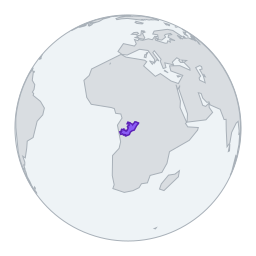 globe centered on Republic of the Congo, rotated 20°
{"feature_id": "COG", "entity_name": "Republic of the Congo", "entity_type": "country or territory", "adm_level": 0, "iso_a3": "COG", "parent_name": "Africa", "parent_adm1": "", "projection": "orthographic", "projection_center": [14.374, -0.658], "detail": "coarse", "context": "on_globe", "style": "filled", "palette": "violet", "viewbox_px": 256, "rotation_deg": 20, "n_neighbors": 0, "source": "natural_earth", "source_scale": "50m", "svg_char_len": 6626}
<svg xmlns="http://www.w3.org/2000/svg" viewBox="0 0 256 256"><g transform="rotate(20 128 128)"><circle cx="128" cy="128" r="113" fill="#eef3f6" stroke="#a8b0b8"/><path d="M75.9,28.1L73.8,29.4L70.3,31.4L69.2,32.2L73.3,30.0L67.4,34.1L64.6,37.5L63.0,38.8L58.6,41.2L56.9,41.3L51.2,45.8L55.7,42.5L51.6,46.5L51.2,47.1L52.0,46.9L53.8,45.4L52.6,46.8L47.7,50.2L48.7,49.0L50.3,47.8L49.4,48.0L46.1,51.0L44.2,53.1L41.3,56.1L47.3,49.4L53.8,43.3L60.7,37.6L68.1,32.6L75.9,28.1ZM39.9,57.9L39.7,58.0L39.9,57.9ZM17.2,107.8L17.5,106.3L18.3,103.7L17.0,110.2L18.4,104.1L18.2,107.2L20.5,106.8L20.0,108.2L21.7,115.9L25.6,119.2L26.5,124.0L25.9,127.0L27.6,127.9L27.7,129.8L36.6,132.9L42.6,137.9L43.4,144.8L40.3,152.7L42.1,169.4L37.8,174.8L39.7,181.5L41.7,191.2L38.7,190.5L42.7,195.3L43.7,198.2L42.6,198.4L45.2,201.7L44.5,201.8L46.9,204.0L50.0,208.3L53.9,211.7L57.2,215.1L59.8,217.1L59.5,217.0L60.3,217.8L61.7,218.9L59.1,217.1L53.6,212.6L51.1,210.3L50.7,209.9L44.9,203.9L45.9,205.1L38.3,196.0L33.2,188.3L22.5,166.0L20.8,161.5L19.1,156.7L17.3,148.7L16.1,140.6L15.4,132.4L15.4,124.1L16.0,115.9L17.2,107.8ZM22.7,87.9L22.4,88.9L22.3,89.2L22.7,87.9ZM64.9,220.9L60.0,217.7L62.1,219.1L60.2,217.4L64.0,219.8L64.9,220.9ZM60.6,216.4L60.4,215.4L61.3,216.0L61.7,216.8L60.6,216.4ZM238.8,107.5L237.3,101.8L238.7,109.8L240.1,117.1L240.6,125.5L240.4,122.5L239.6,115.2L239.0,112.6L237.9,105.5L234.9,95.0L234.5,96.7L233.4,92.6L229.2,84.1L228.0,86.4L226.9,96.6L228.8,107.2L227.5,111.8L221.0,96.3L217.2,86.3L215.4,87.2L208.2,78.9L197.2,78.2L195.2,75.8L193.3,76.9L188.1,74.4L184.9,70.5L182.0,70.8L190.5,81.2L193.6,81.1L195.5,77.1L197.3,80.9L202.2,84.4L198.4,93.7L181.5,102.3L179.1,94.4L162.4,73.9L162.5,71.7L162.4,71.5L162.2,71.0L161.4,74.7L158.3,70.9L168.0,84.7L169.9,90.9L181.2,102.7L180.4,104.0L183.8,106.5L193.9,103.5L194.1,106.2L189.8,118.6L175.1,136.0L176.7,147.9L175.0,158.1L165.0,165.0L165.0,172.9L159.7,175.8L158.8,180.3L154.1,185.2L146.5,189.8L134.5,190.1L134.4,186.0L129.5,178.1L122.9,159.1L126.6,150.2L125.8,143.5L117.1,128.9L119.0,120.7L116.5,117.3L111.4,118.4L108.5,114.4L105.3,114.5L85.3,118.3L78.8,113.4L70.3,98.3L73.6,91.9L73.6,85.0L96.3,61.2L101.8,62.1L120.4,58.6L122.9,59.3L121.4,64.3L136.0,70.1L139.8,65.8L152.3,69.1L160.1,69.0L161.5,59.8L148.7,59.7L145.8,55.4L155.4,51.7L166.5,52.5L165.7,50.8L158.1,47.2L160.0,44.5L155.4,45.8L157.7,47.4L154.9,48.4L152.6,47.0L153.3,46.0L149.8,45.3L147.1,50.9L149.2,53.1L140.3,54.2L143.0,58.2L140.8,60.1L135.5,54.2L135.6,52.1L126.3,46.4L125.5,48.7L134.2,54.4L131.7,54.0L130.7,57.7L129.6,54.5L120.3,48.3L111.9,50.1L102.3,59.7L97.2,60.9L92.4,59.5L94.8,50.3L106.0,48.8L107.0,46.1L103.8,42.6L107.5,42.6L107.6,41.2L111.7,40.7L116.6,37.2L120.7,36.7L121.8,32.7L124.0,32.1L122.7,34.5L124.0,36.1L134.0,35.6L135.7,34.8L135.6,32.4L138.4,32.8L137.0,30.6L142.3,29.8L134.7,29.1L134.3,26.9L137.1,25.3L135.6,24.6L131.1,27.3L130.6,28.5L132.3,29.7L129.7,33.8L126.4,34.6L124.0,30.3L119.1,31.2L119.4,28.0L131.3,21.8L136.7,21.0L147.4,23.5L146.6,24.6L142.4,24.1L147.1,26.4L146.3,25.3L148.6,25.8L148.9,24.3L150.6,24.6L148.0,22.7L150.0,23.0L151.6,24.1L153.8,22.6L157.8,23.0L157.5,22.6L156.0,22.0L162.1,23.2L161.6,22.8L159.4,22.3L157.0,21.2L155.1,20.1L157.3,20.5L158.3,21.0L163.6,23.0L165.9,24.6L166.6,24.7L165.2,23.5L158.6,21.0L156.9,20.2L160.1,21.2L158.8,20.8L158.6,20.5L160.5,20.9L157.0,19.8L152.5,18.1L160.5,20.1L168.2,22.8L175.8,26.0L183.1,29.8L190.1,34.0L196.8,38.8L203.1,44.1L209.1,49.8L214.6,55.9L219.6,62.4L224.1,69.3L228.1,76.4L231.6,83.9L234.6,91.6L237.0,99.4L238.8,107.5ZM89.4,72.6L89.0,74.6L89.4,72.6ZM179.0,58.5L185.1,59.1L181.1,53.5L183.1,53.4L181.0,51.7L180.7,53.1L175.4,48.6L177.5,47.3L176.1,45.1L174.0,44.9L170.9,48.1L178.5,54.4L177.7,56.6L179.0,58.5ZM20.6,106.7L20.7,107.9L20.2,108.0L20.6,106.7ZM22.4,92.0L22.6,92.6L22.0,93.1L22.4,92.0ZM22.2,89.6L22.1,91.9L20.9,93.9L21.1,92.5L21.5,91.9L22.2,89.6ZM51.9,46.3L52.2,46.0L52.6,46.2L51.6,46.8L51.9,46.3ZM58.7,43.3L56.6,45.7L57.5,44.3L55.8,45.5L55.5,44.2L62.2,39.4L59.2,41.7L58.7,43.3ZM57.0,41.6L56.4,42.7L56.8,41.7L57.0,41.6ZM103.9,34.9L105.6,35.5L104.4,37.1L99.3,38.7L100.9,36.3L103.9,34.9ZM108.3,36.2L107.3,32.0L110.5,31.2L108.9,32.3L111.1,32.1L109.1,34.0L113.0,37.6L112.2,39.3L103.1,40.7L106.5,39.2L104.7,38.5L108.3,36.2ZM99.3,26.0L98.9,25.0L106.3,24.3L105.8,25.3L100.6,26.7L98.1,26.3L99.3,26.0ZM92.5,21.1L88.4,22.6L87.4,23.0L85.0,24.3L81.4,25.8L83.1,24.8L78.5,27.2L78.5,26.9L75.7,28.5L79.6,26.3L81.2,25.6L84.6,24.1L86.0,23.5L86.5,23.3L92.5,21.1ZM105.0,17.7L107.6,17.3L108.8,17.0L112.9,16.4L114.0,16.5L115.3,16.2L118.5,16.0L119.8,16.1L117.0,16.3L120.4,16.5L117.1,16.8L117.7,16.8L115.7,17.3L114.2,18.0L112.7,18.2L112.8,18.4L111.4,18.9L111.1,19.3L108.1,19.8L107.4,20.5L106.4,20.4L106.0,21.4L105.0,20.9L103.1,21.7L105.1,21.7L90.1,25.2L84.6,27.6L80.5,30.0L79.3,29.3L82.3,26.9L87.4,24.0L92.9,22.0L91.3,22.3L93.5,21.5L93.8,21.6L94.6,21.0L96.5,20.4L101.1,18.9L101.1,18.6L102.7,18.2L103.7,18.0L104.6,17.8L105.0,17.7ZM114.6,16.2L114.0,16.3L110.2,16.8L114.6,16.2ZM125.2,57.4L127.0,57.6L129.8,57.3L129.1,59.8L125.2,57.4ZM118.8,53.2L120.4,52.8L120.8,55.8L119.0,55.9L118.8,53.2ZM120.8,50.2L120.4,52.6L119.5,51.3L120.8,50.2ZM124.2,34.1L125.8,33.8L126.1,34.3L125.4,35.2L124.2,34.1ZM129.2,18.0L127.7,17.8L128.1,17.7L126.6,17.0L128.9,16.8L130.7,17.2L129.2,18.0ZM159.6,61.3L157.6,63.1L156.3,62.2L157.2,61.8L159.6,61.3ZM142.8,61.2L146.9,62.4L142.6,61.9L142.8,61.2ZM131.5,17.8L130.6,17.5L132.3,17.6L131.5,17.8ZM130.5,16.7L132.4,16.8L129.0,16.8L130.5,16.7ZM188.7,212.0L188.3,213.4L187.1,213.5L188.7,212.0ZM192.0,156.6L183.2,174.5L178.5,174.6L178.4,169.2L182.2,158.4L187.9,155.3L190.9,150.5L192.0,156.6ZM240.2,137.6L240.4,133.4L238.7,117.0L239.4,117.5L240.6,127.8L240.6,129.4L240.6,131.1L240.2,137.6ZM229.2,108.3L231.2,114.8L230.3,115.8L229.2,108.3ZM149.6,18.4L149.2,19.3L150.4,20.4L153.4,21.4L149.0,20.6L147.1,18.9L149.6,18.4ZM151.3,17.8L151.5,17.8L149.8,17.5L151.3,17.8ZM149.8,17.5L146.4,16.9L144.9,16.6L147.9,17.1L149.8,17.5ZM139.0,16.7L138.7,16.9L137.3,16.7L139.0,16.7Z" fill="#d9dde1" stroke="#a8b0b8" stroke-width="1"/><path d="M121.6,134.4L122.4,133.6L123.1,133.9L123.2,133.2L122.4,132.3L122.6,131.3L124.2,131.3L124.2,130.5L124.5,130.3L125.3,131.3L126.2,131.4L126.7,130.9L127.3,131.6L127.7,131.3L128.0,130.4L128.2,127.8L127.0,127.1L127.2,126.0L127.9,125.5L128.1,124.9L127.6,124.0L125.7,124.3L125.9,122.5L128.4,122.4L129.0,122.8L130.7,122.9L131.3,123.4L131.4,122.6L132.1,121.1L132.4,119.8L134.0,119.5L135.4,119.8L136.1,119.6L136.3,120.2L135.3,122.8L134.6,127.8L132.9,129.1L131.6,131.0L131.5,133.5L130.9,134.4L130.3,134.7L128.7,136.3L128.1,136.2L128.0,135.2L126.7,135.5L126.6,136.0L126.1,136.2L124.9,135.4L123.4,136.5L121.6,134.4Z" fill="#8b5cf6" stroke="#5b21b6" stroke-width="1.5"/></g></svg>